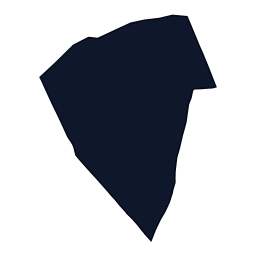 Santa Catarina Ticuá, Oaxaca, Mexico (orthographic projection)
{"feature_id": "50627088B91995558537329", "entity_name": "Santa Catarina Ticuá", "entity_type": "district", "adm_level": 2, "iso_a3": "MEX", "parent_name": "Mexico", "parent_adm1": "Oaxaca", "projection": "orthographic", "projection_center": [-97.534, 17.055], "detail": "fine", "context": "isolated", "style": "filled", "palette": "ink", "viewbox_px": 256, "rotation_deg": 0, "n_neighbors": 0, "source": "geoboundaries", "source_scale": "gbopen_adm2", "svg_char_len": 1134}
<svg xmlns="http://www.w3.org/2000/svg" viewBox="0 0 256 256"><path d="M215.9,86.8L212.0,77.0L207.9,66.5L205.4,60.4L205.1,59.7L202.9,54.3L198.5,44.3L193.0,30.9L190.5,24.9L187.0,16.7L172.5,15.4L159.4,18.5L144.2,20.3L134.1,22.5L130.8,23.2L123.1,26.7L116.8,29.6L110.0,32.8L97.7,38.5L88.6,37.5L82.7,40.5L73.4,45.3L56.5,62.0L48.6,69.4L40.1,77.3L42.3,81.7L43.7,84.9L47.4,93.0L50.2,99.1L51.3,101.5L52.0,103.0L53.4,105.9L53.7,106.6L56.5,112.2L58.6,116.7L60.0,119.6L64.2,128.7L67.9,136.8L69.5,139.2L71.5,142.3L72.9,144.5L74.0,147.4L76.0,155.1L80.8,160.9L83.5,163.9L91.1,172.4L96.7,178.5L101.6,184.0L104.3,187.1L107.0,190.1L110.1,193.8L112.1,196.1L115.1,199.3L120.1,205.5L125.8,211.7L126.9,213.3L132.4,218.7L137.4,224.3L142.6,230.9L144.1,232.6L145.2,234.1L150.3,239.8L151.0,240.6L155.4,229.5L160.5,218.9L164.6,212.0L165.6,210.0L169.2,202.2L172.1,193.2L172.8,189.6L174.9,182.5L174.8,178.1L175.0,171.2L176.6,157.5L179.3,148.1L181.0,140.8L182.0,136.4L184.8,126.2L185.9,122.1L187.9,107.8L188.5,103.9L190.9,98.0L192.5,90.6L193.4,89.2L194.4,88.8L201.4,88.5L207.9,88.0L212.7,87.7L215.9,86.8Z" fill="#0f172a" stroke="#020617" stroke-width="1.5"/></svg>